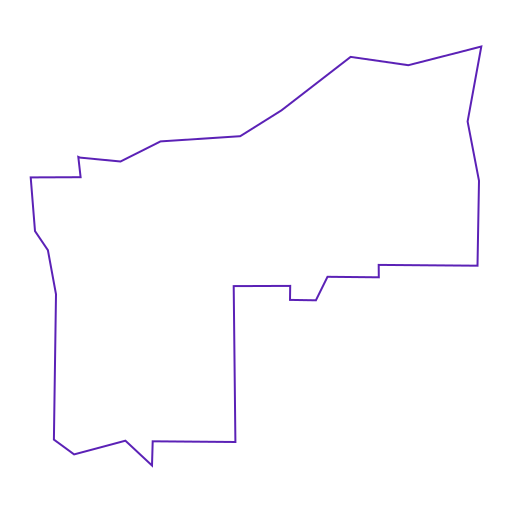 Clay, Georgia, United States of America, rotated 90°
{"feature_id": "52423323B17286883599255", "entity_name": "Clay", "entity_type": "district", "adm_level": 2, "iso_a3": "USA", "parent_name": "United States of America", "parent_adm1": "Georgia", "projection": "natural_earth1", "projection_center": [-84.978, 31.633], "detail": "fine", "context": "isolated", "style": "outline", "palette": "violet", "viewbox_px": 512, "rotation_deg": 90, "n_neighbors": 0, "source": "geoboundaries", "source_scale": "gbopen_adm2", "svg_char_len": 539}
<svg xmlns="http://www.w3.org/2000/svg" viewBox="0 0 512 512"><g transform="rotate(90 256 256)"><path d="M265.7,34.5L180.8,33.0L121.5,44.4L46.5,30.7L53.0,55.9L65.2,103.7L56.9,161.4L110.4,230.6L136.2,271.8L141.4,351.5L161.5,391.5L157.6,432.0L156.9,433.7L177.2,431.4L177.4,481.3L231.1,477.0L250.2,464.1L294.3,456.0L439.6,458.1L454.4,437.9L440.7,386.6L465.5,360.0L441.3,359.3L442.0,276.6L286.1,278.3L285.9,221.8L299.9,222.0L300.3,196.1L276.8,184.5L277.3,133.2L264.9,133.3L265.7,34.5Z" fill="none" stroke="#5b21b6" stroke-width="2"/></g></svg>